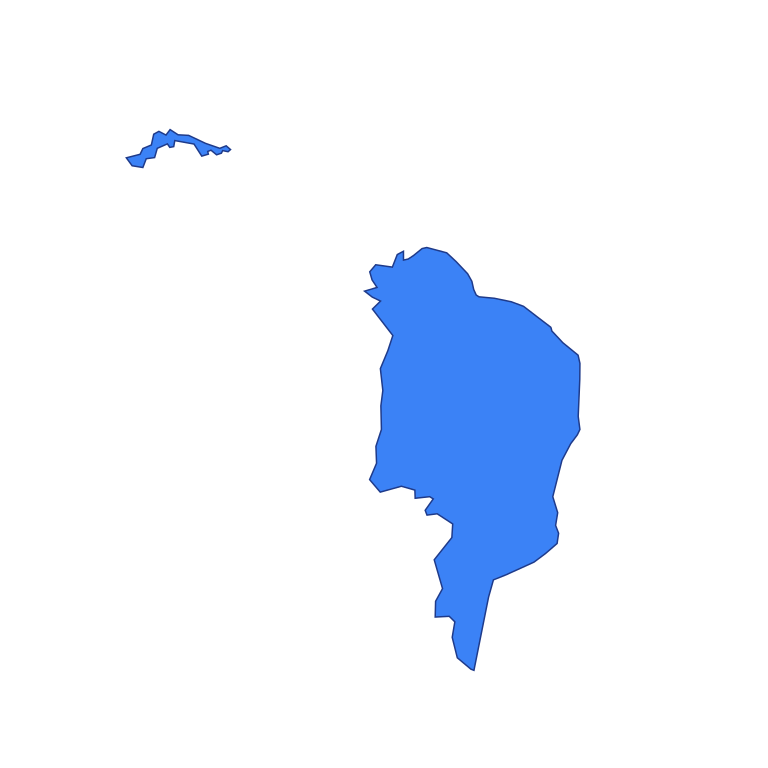 Uzun, Surkhandarya, Uzbekistan, rotated 346°
{"feature_id": "79887680B11166150999612", "entity_name": "Uzun", "entity_type": "district", "adm_level": 2, "iso_a3": "UZB", "parent_name": "Uzbekistan", "parent_adm1": "Surkhandarya", "projection": "natural_earth1", "projection_center": [68.025, 38.226], "detail": "fine", "context": "isolated", "style": "filled", "palette": "blue", "viewbox_px": 768, "rotation_deg": 346, "n_neighbors": 0, "source": "geoboundaries", "source_scale": "gbopen_adm2", "svg_char_len": 1553}
<svg xmlns="http://www.w3.org/2000/svg" viewBox="0 0 768 768"><g transform="rotate(346 384 384)"><path d="M390.9,308.5L404.3,339.1L395.8,352.6L384.2,368.2L381.3,390.0L375.7,404.4L370.5,427.5L361.1,442.5L357.6,459.1L346.9,473.3L354.2,488.0L376.1,487.4L388.3,494.4L386.6,502.4L401.1,504.4L404.0,507.4L393.4,516.5L394.0,521.6L404.2,522.8L416.8,536.4L412.7,549.4L390.2,566.7L391.3,596.7L381.5,607.3L377.3,622.5L391.1,625.2L395.2,631.9L388.9,646.3L388.9,667.4L399.3,681.7L402.0,683.6L429.3,625.8L434.0,615.9L442.8,600.5L457.4,598.5L459.3,598.1L486.5,593.1L500.0,587.4L513.4,580.6L514.6,577.6L517.3,571.1L516.3,562.7L521.4,550.9L520.5,534.2L538.2,501.1L550.7,487.1L559.3,480.1L563.1,475.5L564.6,462.4L575.1,426.8L579.1,411.4L579.3,403.0L567.5,387.2L559.7,373.2L559.7,370.2L559.5,369.2L548.8,355.8L538.2,342.4L527.4,335.0L511.8,327.5L497.3,322.4L495.0,320.0L493.9,314.0L494.1,305.6L491.8,297.2L483.6,282.7L476.6,271.9L458.5,261.9L453.7,261.8L443.9,266.4L437.7,268.6L432.9,268.5L435.0,259.9L428.2,261.6L420.4,272.6L404.8,266.3L397.3,271.7L397.6,280.1L400.6,288.6L387.6,289.2L393.6,296.8L400.7,302.7L390.9,308.5ZM226.7,84.4L221.0,85.9L216.1,95.8L207.0,97.2L202.9,102.1L188.7,102.2L192.4,111.3L202.4,115.6L207.8,107.9L216.2,108.8L221.0,100.5L231.9,98.6L233.4,102.6L237.4,102.8L239.9,97.2L257.7,105.2L262.3,118.8L269.2,118.5L269.2,115.7L272.7,115.3L277.0,121.1L282.1,120.7L283.9,118.5L288.9,120.9L291.8,119.4L288.5,114.7L281.7,115.6L269.0,107.3L254.6,95.5L244.5,92.4L238.0,85.4L232.7,89.7L226.7,84.4Z" fill="#3b82f6" stroke="#1e3a8a" stroke-width="1.5"/></g></svg>